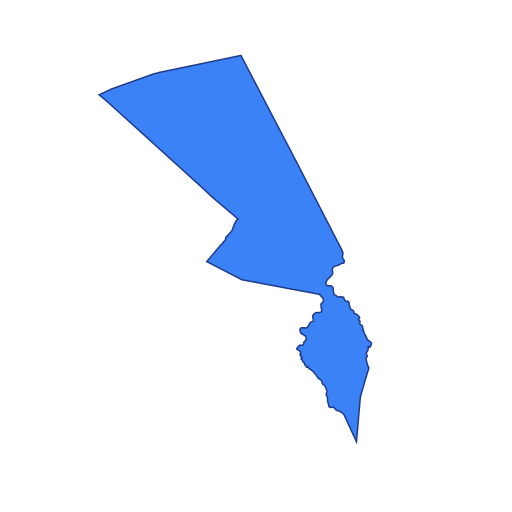 outline of Santa Maria del Real, Olancho, Honduras, rotated 337°
{"feature_id": "27666195B43578423594427", "entity_name": "Santa Maria del Real", "entity_type": "district", "adm_level": 2, "iso_a3": "HND", "parent_name": "Honduras", "parent_adm1": "Olancho", "projection": "natural_earth1", "projection_center": [-85.945, 14.782], "detail": "fine", "context": "isolated", "style": "filled", "palette": "blue", "viewbox_px": 512, "rotation_deg": 337, "n_neighbors": 0, "source": "geoboundaries", "source_scale": "gbopen_adm2", "svg_char_len": 6069}
<svg xmlns="http://www.w3.org/2000/svg" viewBox="0 0 512 512"><g transform="rotate(337 256 256)"><path d="M266.1,354.1L266.1,354.8L265.4,355.7L264.7,356.1L264.4,356.3L264.0,356.3L263.3,356.2L262.6,355.8L262.1,355.3L261.9,355.2L261.6,355.3L260.3,355.5L259.4,355.9L258.1,356.6L257.6,357.0L257.3,357.3L257.2,357.7L257.2,357.9L257.3,358.1L258.0,358.9L258.7,359.8L259.0,360.2L259.2,360.9L259.3,361.2L259.4,361.8L259.2,362.3L259.2,362.5L259.4,362.8L259.4,363.1L259.3,363.4L259.2,363.5L258.7,363.5L258.3,363.4L258.1,363.5L258.2,364.1L258.4,364.5L258.5,364.8L258.4,365.0L257.9,365.4L257.8,365.6L257.8,365.8L258.0,366.1L258.4,366.6L258.6,367.4L258.7,367.7L258.6,367.8L258.5,368.0L258.3,368.1L257.8,368.0L257.4,368.1L257.3,368.3L257.3,368.5L257.5,368.9L257.7,369.5L258.0,369.9L258.1,370.1L257.9,370.8L257.7,371.2L257.7,371.3L258.1,372.2L258.3,372.5L258.6,372.7L258.7,372.9L258.6,373.5L258.4,374.6L258.4,375.2L258.5,375.5L258.7,375.9L259.0,376.1L259.1,376.4L259.1,377.3L259.1,378.2L259.2,378.3L260.5,377.9L260.6,378.0L260.6,379.7L260.7,379.9L260.8,380.3L261.5,381.4L262.3,382.3L262.4,382.5L262.4,382.8L262.7,383.3L263.1,384.0L263.4,384.4L263.6,384.6L263.7,385.7L264.9,389.2L265.3,392.3L265.5,392.8L266.5,394.3L267.0,395.3L267.5,396.2L267.6,396.6L267.6,396.8L267.6,397.2L267.3,398.7L267.2,399.3L267.4,400.1L267.8,400.9L268.0,401.2L268.4,401.7L268.6,401.9L268.6,402.2L268.7,402.8L268.6,403.9L268.7,406.7L268.7,407.7L268.6,408.3L268.4,408.7L267.8,409.3L266.9,410.1L266.7,410.5L266.5,410.9L266.4,411.5L266.5,413.8L266.3,414.5L266.0,415.5L265.2,417.5L265.0,418.1L265.0,418.5L264.9,420.3L264.7,421.5L264.4,422.6L264.4,423.1L264.5,423.5L264.7,423.9L264.9,424.2L265.3,424.5L265.8,424.7L267.6,425.2L267.9,425.3L268.2,425.6L268.4,425.9L268.7,426.5L268.9,427.2L269.3,428.5L269.8,429.4L270.1,429.8L270.8,430.3L271.5,430.9L272.0,431.3L272.5,431.9L274.0,434.0L275.0,436.1L275.9,466.2L297.0,426.5L307.4,413.7L316.1,403.2L316.2,402.5L316.0,401.2L316.1,400.4L316.3,398.8L316.4,397.6L316.6,396.7L316.9,394.4L317.1,393.9L317.4,393.3L318.0,392.7L318.8,392.2L319.1,391.9L319.2,391.6L319.4,391.2L319.4,390.8L319.4,389.8L319.4,388.7L320.0,388.0L321.1,387.4L321.6,387.0L322.0,386.6L322.4,386.1L323.1,385.0L323.6,383.8L324.0,383.3L324.1,383.2L324.3,383.3L324.4,383.5L324.5,384.0L324.7,384.3L325.1,384.4L325.5,384.2L326.3,383.7L327.2,382.8L327.9,381.8L328.1,381.5L328.2,381.3L328.1,380.7L327.7,379.8L326.7,378.0L325.9,376.8L325.6,376.1L325.6,375.7L325.9,375.2L326.0,374.5L326.0,374.1L325.6,373.1L325.7,372.4L325.9,371.9L325.8,371.6L325.4,371.2L325.3,370.8L325.3,370.7L325.5,370.6L325.5,370.4L325.5,370.1L325.4,369.6L325.4,369.1L325.5,368.8L325.7,368.4L325.8,368.1L325.7,367.6L325.4,367.2L325.4,366.8L325.5,366.7L325.8,366.2L326.1,365.8L326.1,365.5L325.8,364.9L325.8,364.7L326.4,363.1L326.5,362.4L326.5,361.9L326.4,361.3L325.3,360.1L325.1,359.7L325.0,359.4L325.0,359.1L325.1,358.8L326.0,357.2L326.2,356.7L326.2,356.4L326.1,356.1L325.9,355.6L325.5,355.0L325.4,354.6L325.5,354.5L325.6,354.3L326.6,354.0L327.0,353.7L327.3,353.3L327.3,352.6L327.2,352.0L326.9,351.1L326.5,350.2L326.2,349.4L325.6,348.7L324.6,347.9L324.3,347.6L324.1,347.4L324.1,347.1L324.0,346.7L324.1,346.3L324.2,345.8L324.3,345.3L324.3,344.7L324.2,344.4L324.1,344.0L323.7,343.5L323.4,343.2L322.9,342.8L322.8,342.5L322.5,342.1L322.4,341.6L322.3,341.1L322.3,340.7L322.4,340.4L322.6,339.8L322.7,338.9L322.7,338.3L322.7,337.6L322.7,337.3L322.8,337.0L323.1,336.4L323.3,335.6L323.4,334.9L323.3,334.3L323.1,333.7L322.7,333.4L322.2,333.2L321.7,333.2L321.4,333.2L321.1,333.0L320.9,332.8L320.7,332.3L320.6,331.4L320.3,330.7L320.3,329.8L320.5,329.0L320.5,328.7L320.4,328.3L320.2,327.9L319.9,327.7L319.7,327.5L319.4,327.5L319.0,327.4L318.8,327.3L318.0,326.6L317.2,326.2L316.9,326.1L316.4,326.1L315.9,326.0L315.5,325.9L315.1,325.7L314.9,325.4L314.6,324.4L314.4,323.8L313.7,323.2L313.3,322.8L313.2,322.5L313.0,322.0L312.9,321.6L312.9,321.3L313.5,318.7L314.0,317.3L314.4,315.9L314.5,315.1L314.4,314.3L314.0,313.5L313.7,313.1L313.5,312.9L313.1,312.7L312.1,312.2L310.8,311.5L309.9,310.8L309.6,310.5L309.5,310.1L309.4,309.7L309.3,309.2L309.4,308.6L309.6,308.2L310.4,307.4L311.9,306.0L313.1,305.4L314.5,304.8L316.9,303.9L317.7,303.6L318.6,303.1L319.1,302.7L319.7,302.0L320.2,301.1L320.4,300.4L320.4,299.4L320.6,299.0L321.1,298.2L322.0,297.1L322.3,296.8L322.8,296.4L323.4,296.3L324.1,296.2L326.8,296.5L328.6,296.6L329.7,296.6L330.8,296.3L331.5,296.3L332.8,296.4L333.4,296.7L333.7,296.8L334.1,296.7L334.5,296.5L334.7,296.2L335.0,295.8L335.2,295.2L335.4,294.6L335.4,294.4L335.2,293.4L335.0,292.1L335.0,291.5L335.1,291.0L335.4,290.3L336.1,289.0L337.1,287.4L337.3,287.0L337.3,286.6L337.3,285.4L337.4,284.2L330.0,185.1L320.5,65.5L239.2,49.3L232.0,48.3L188.2,45.8L174.6,46.3L179.4,55.8L232.1,169.8L238.9,185.1L253.9,214.9L252.8,215.3L251.6,215.8L249.4,217.5L246.6,220.2L244.1,223.0L242.5,224.0L238.9,225.5L235.6,227.0L235.1,227.6L234.7,228.5L234.0,229.2L233.1,229.8L231.9,230.2L231.0,230.5L230.7,230.9L230.4,231.2L229.9,231.5L229.3,231.7L228.4,231.8L208.5,241.9L231.9,270.1L233.5,272.2L299.6,316.2L299.6,316.6L299.8,317.5L300.3,318.7L300.7,319.8L301.0,320.9L301.1,321.6L301.0,322.4L300.8,323.1L300.3,323.9L299.9,324.3L299.5,324.6L299.1,324.9L297.6,325.3L297.1,325.6L296.6,326.6L295.8,329.0L295.5,330.8L295.3,331.5L294.8,332.4L294.6,332.7L294.3,332.9L294.0,333.0L293.7,333.0L292.6,332.8L291.7,332.6L289.2,331.6L288.8,331.5L287.0,332.0L285.7,332.5L285.4,332.8L285.0,333.0L284.8,333.4L284.6,333.8L284.3,334.7L284.0,336.4L283.8,337.1L283.6,337.8L283.4,338.1L283.2,338.2L283.0,338.3L282.3,338.4L281.8,338.4L281.1,338.3L280.7,338.3L280.1,338.4L279.6,338.6L278.9,339.1L276.1,341.3L275.8,341.6L275.4,341.8L275.1,341.8L274.7,341.8L273.6,341.6L272.1,340.9L270.7,340.1L270.0,339.9L269.5,339.8L269.0,339.9L268.5,340.1L268.1,340.4L267.8,340.8L267.6,341.1L267.5,341.6L267.3,342.2L267.1,343.3L267.2,343.8L267.2,344.3L267.5,345.1L267.9,345.8L268.4,346.4L269.1,347.2L269.7,348.2L270.1,349.0L270.2,349.6L270.3,350.2L270.3,350.8L270.1,351.3L269.9,351.8L269.4,352.4L269.0,352.8L268.0,353.4L267.0,353.9L266.5,354.1L266.1,354.1Z" fill="#3b82f6" stroke="#1e3a8a" stroke-width="1.5"/></g></svg>